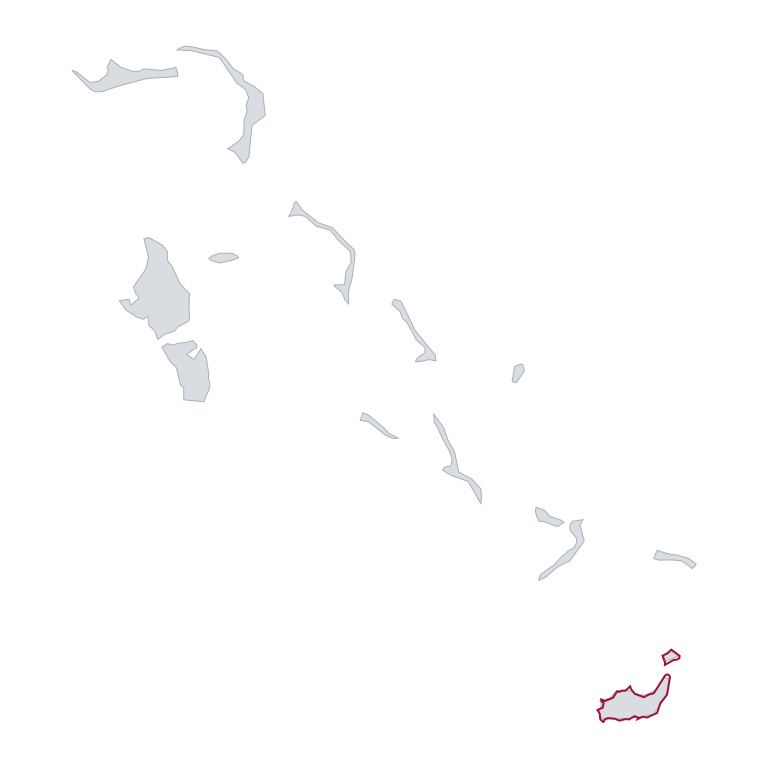 Inagua highlighted on a map of The Bahamas
{"feature_id": "BHS-5038", "entity_name": "Inagua", "entity_type": "District", "adm_level": 1, "iso_a3": "BHS", "parent_name": "The Bahamas", "parent_adm1": "", "projection": "albers", "projection_center": [-73.316, 21.237], "detail": "coarse", "context": "in_parent", "style": "outline", "palette": "rose", "viewbox_px": 768, "rotation_deg": 0, "n_neighbors": 0, "source": "natural_earth", "source_scale": "10m", "svg_char_len": 3974}
<svg xmlns="http://www.w3.org/2000/svg" viewBox="0 0 768 768"><path d="M189.5,293.8L188.9,307.2L189.8,317.3L188.6,320.9L177.5,327.3L174.5,331.0L164.1,334.5L157.7,339.5L154.8,330.9L148.9,325.4L148.1,316.4L143.4,319.3L136.8,317.2L125.9,310.0L119.3,300.6L129.1,299.3L130.9,305.1L138.9,298.3L137.2,294.5L135.8,294.0L133.5,287.0L145.7,269.2L148.6,257.6L143.9,238.7L148.8,237.7L161.7,244.6L167.3,251.3L167.3,260.2L172.6,267.2L180.1,283.9L189.5,293.8ZM196.8,344.9L196.9,347.4L186.7,354.2L193.9,359.4L201.0,348.7L206.3,357.7L208.8,374.3L208.3,377.2L208.7,379.7L209.7,382.9L209.8,387.5L203.8,401.8L183.8,399.8L183.7,387.5L180.6,385.1L176.4,367.6L170.3,361.8L162.0,347.2L167.2,343.6L173.9,345.1L177.4,343.4L186.8,342.3L192.5,340.5L196.8,344.9ZM667.7,690.8L664.4,698.9L653.4,714.5L628.9,718.4L601.9,719.1L599.8,714.9L599.2,711.2L601.2,705.3L601.0,703.0L599.9,700.7L609.8,698.2L616.2,691.0L626.5,689.8L639.2,694.8L646.1,695.0L656.2,689.4L664.4,677.3L669.3,678.9L667.7,690.8ZM245.3,162.5L243.1,163.4L234.7,152.1L227.8,148.7L238.9,141.1L243.8,134.5L244.1,119.8L247.0,111.8L246.2,104.8L248.8,97.7L245.8,89.7L236.8,83.1L219.4,57.5L191.1,50.6L176.4,49.9L184.6,46.1L192.1,46.8L203.5,49.5L217.3,51.0L225.5,58.7L233.3,68.7L240.5,72.9L243.4,75.5L243.0,78.3L244.1,81.0L253.5,85.9L262.9,93.5L265.2,115.4L252.0,125.4L248.9,156.9L245.3,162.5ZM121.1,67.5L133.0,71.3L139.5,71.1L143.5,68.9L161.3,70.4L175.9,67.5L177.9,73.5L177.4,76.5L146.6,78.5L118.1,86.2L102.5,91.5L95.2,91.9L89.7,88.7L71.8,70.2L76.7,72.1L90.1,82.7L98.7,81.1L106.8,74.8L108.2,69.8L107.1,67.3L110.9,59.5L121.1,67.5ZM302.2,210.0L318.5,222.8L332.5,227.8L347.6,243.8L354.1,249.5L355.1,254.6L352.1,277.8L348.4,291.7L348.7,303.9L345.2,300.2L341.7,292.1L335.8,287.4L333.9,285.0L344.6,284.6L345.8,272.0L351.2,262.2L350.6,251.8L338.3,240.2L329.9,230.0L316.8,226.5L304.9,216.2L297.6,214.9L288.8,216.4L292.1,210.5L294.5,202.7L296.1,201.3L302.2,210.0ZM481.4,500.8L480.8,503.6L468.0,481.3L451.8,475.7L442.6,470.2L444.5,467.2L451.0,466.0L452.2,458.9L449.5,451.3L441.2,435.8L436.5,425.4L434.3,422.9L433.8,414.2L443.8,427.8L447.8,439.9L454.5,451.8L458.8,472.1L471.8,479.1L481.0,489.0L481.4,500.8ZM546.0,577.0L538.7,580.3L540.4,574.5L554.3,564.8L562.0,556.3L566.3,553.2L567.9,550.9L574.0,547.7L577.0,542.2L576.2,537.7L569.9,530.2L570.0,525.0L572.2,521.3L582.9,519.6L580.1,525.2L584.2,541.0L570.0,560.7L557.8,566.7L546.0,577.0ZM435.3,355.2L435.9,360.8L429.1,359.6L419.0,361.7L415.4,361.7L417.7,357.8L424.8,352.7L425.2,347.7L416.7,340.4L406.9,322.4L402.3,318.1L400.1,311.4L391.8,304.1L393.7,300.2L395.4,299.4L401.0,301.3L413.6,327.2L414.4,329.6L435.3,355.2ZM666.0,553.2L672.4,554.8L675.9,554.7L687.6,558.0L694.7,562.6L696.2,564.5L692.5,568.6L681.6,560.9L672.2,559.9L658.9,560.1L653.6,558.6L657.1,550.3L666.0,553.2ZM561.6,520.4L563.9,522.4L557.4,526.8L542.7,521.2L539.3,521.5L536.4,515.7L535.4,511.3L536.1,507.3L544.8,510.5L549.5,516.2L561.6,520.4ZM230.5,260.9L219.0,262.9L210.9,260.4L208.9,258.5L212.5,255.6L220.2,253.2L232.6,253.3L237.9,256.4L238.5,257.8L230.5,260.9ZM397.9,438.0L393.6,438.6L386.0,435.5L368.4,421.7L360.2,420.4L363.0,412.8L369.3,415.6L383.5,427.5L388.8,433.4L397.9,438.0ZM524.5,370.7L516.4,382.7L512.1,381.6L514.6,366.5L520.2,364.2L522.4,364.3L524.5,370.7ZM679.1,655.8L665.3,661.3L663.9,654.9L670.9,649.7L679.1,655.8Z" fill="#d9dde1" stroke="#a8b0b8" stroke-width="1"/><path d="M602.7,707.7L603.6,703.2L601.2,700.5L601.2,699.4L604.8,701.1L613.1,697.7L617.1,691.4L619.4,691.9L621.5,690.8L625.5,690.7L630.1,686.3L631.1,689.1L634.8,693.8L644.0,697.2L648.6,694.6L653.8,693.3L665.0,675.6L667.0,674.3L669.2,675.3L670.0,677.2L667.0,694.8L660.4,703.1L657.1,712.9L647.1,717.5L642.6,716.8L637.6,719.1L638.3,717.7L634.5,716.2L629.1,719.4L625.5,719.1L619.4,720.6L614.8,718.7L608.1,718.1L605.0,719.2L603.5,721.9L602.8,721.8L600.3,719.4L599.7,713.7L597.5,710.0L602.7,707.7ZM673.5,660.0L664.9,664.9L665.0,662.4L662.5,655.8L667.9,653.0L671.3,649.7L679.7,656.0L679.3,658.2L677.3,659.5L673.5,660.0Z" fill="none" stroke="#9f1239" stroke-width="2"/></svg>